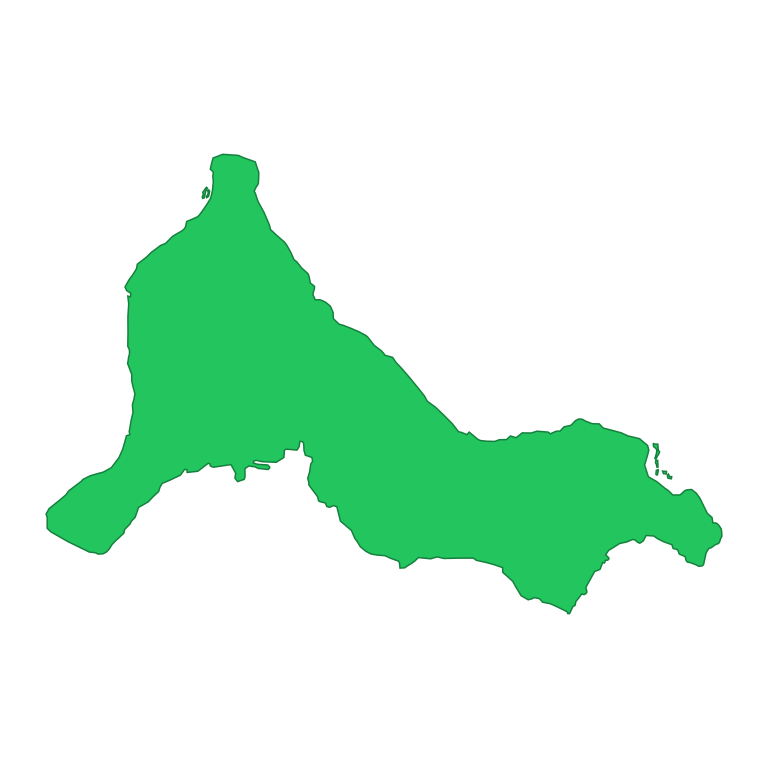 outline of Udot, Federated States of Micronesia
{"feature_id": "79324940B84620093973822", "entity_name": "Udot", "entity_type": "district", "adm_level": 2, "iso_a3": "FSM", "parent_name": "Federated States of Micronesia", "parent_adm1": "", "projection": "mercator", "projection_center": [151.721, 7.382], "detail": "fine", "context": "isolated", "style": "filled", "palette": "green", "viewbox_px": 768, "rotation_deg": 0, "n_neighbors": 0, "source": "geoboundaries", "source_scale": "gbopen_adm2", "svg_char_len": 5630}
<svg xmlns="http://www.w3.org/2000/svg" viewBox="0 0 768 768"><path d="M300.0,441.3L302.7,441.7L303.5,443.3L303.8,445.6L304.0,450.5L305.4,455.3L308.1,456.1L311.9,457.5L312.4,460.3L312.4,461.7L310.8,463.8L309.6,472.0L307.7,478.4L308.0,479.3L309.0,483.2L308.7,484.8L317.6,496.7L318.4,500.2L318.9,501.2L321.1,502.0L325.4,503.0L326.7,506.3L328.3,507.1L330.0,507.2L333.5,505.6L336.8,506.7L337.8,510.6L340.4,521.1L351.4,530.4L354.8,538.3L357.5,542.1L360.4,546.8L366.0,551.4L371.1,554.0L376.6,555.0L385.0,555.7L390.7,558.3L398.8,561.3L399.5,563.3L400.0,568.1L404.9,567.8L407.7,565.7L411.8,563.3L414.8,561.0L418.4,557.6L430.7,558.8L437.2,556.9L444.0,558.5L447.3,558.4L461.7,558.1L473.4,558.1L476.3,560.3L486.6,562.6L493.9,564.6L502.6,567.6L502.8,572.4L509.2,578.1L512.9,581.5L515.3,586.0L521.1,595.7L524.9,597.9L528.2,599.8L532.0,598.8L534.1,597.6L539.5,598.7L542.6,602.2L550.2,603.7L556.7,606.6L567.4,611.9L567.7,613.5L569.3,613.7L570.1,612.6L572.4,607.5L573.2,606.3L575.0,605.5L575.9,601.5L578.5,598.3L581.8,593.9L584.0,594.6L585.6,593.9L586.8,592.4L586.8,591.0L586.2,589.1L585.9,587.5L586.9,585.5L594.7,571.4L597.9,570.3L600.1,569.3L601.0,566.8L602.7,562.5L604.5,563.0L605.4,560.4L607.5,560.2L608.6,559.5L608.9,558.0L605.7,554.8L608.6,550.4L612.9,547.8L616.2,545.7L619.7,543.5L627.0,541.9L632.2,539.6L634.6,539.7L637.9,542.4L639.8,543.2L641.1,542.4L642.8,541.3L643.7,540.2L646.1,535.5L653.8,536.0L657.9,538.9L663.8,541.8L671.9,544.7L673.2,548.6L676.1,549.2L677.7,549.8L679.3,554.1L682.4,555.4L685.0,556.5L685.4,557.5L685.8,559.6L686.5,561.1L687.5,562.1L690.4,562.7L695.1,564.4L699.0,566.3L702.5,565.8L703.6,564.4L706.0,553.4L707.6,550.3L709.0,548.3L710.1,548.1L711.5,547.6L714.1,545.5L716.4,544.2L718.4,543.6L719.5,542.2L720.5,539.0L721.9,536.1L721.7,532.3L721.3,529.1L719.7,526.5L717.8,524.1L715.6,522.9L712.9,523.0L712.7,521.3L712.0,517.5L707.3,513.3L699.9,498.2L696.2,493.1L693.1,490.7L691.6,489.5L687.2,489.8L685.0,490.5L680.1,494.9L672.8,495.0L668.1,490.4L664.7,488.1L656.9,481.7L648.4,476.8L646.8,471.9L644.6,465.1L647.5,455.4L648.8,450.2L647.6,445.5L644.0,442.5L639.6,438.7L628.0,435.9L620.9,432.7L603.1,428.0L599.3,423.9L592.2,423.7L585.6,421.1L582.3,419.3L579.0,418.9L575.5,420.6L571.0,425.3L564.1,426.8L560.0,431.1L556.2,431.2L550.4,433.8L548.2,432.1L537.0,431.2L531.2,433.0L522.2,432.9L516.1,437.7L510.4,436.0L506.5,439.6L499.4,439.7L494.8,441.4L486.6,441.2L480.3,440.5L477.8,439.3L469.2,432.1L467.0,434.6L461.5,432.4L458.5,431.7L457.7,430.6L452.3,423.7L443.4,414.8L435.8,407.5L427.3,401.2L424.4,395.9L417.6,387.4L410.8,379.1L410.5,378.7L402.1,368.9L395.8,362.2L392.6,357.4L384.9,355.2L383.6,353.3L381.4,350.8L374.0,345.2L368.0,337.4L366.1,335.6L359.0,331.8L352.5,329.0L343.5,325.4L339.1,324.2L333.4,318.7L333.1,312.5L331.5,308.7L330.4,306.3L326.0,302.5L322.7,300.8L319.7,299.7L315.3,299.9L312.9,294.5L313.7,291.1L314.3,289.0L314.5,288.1L314.5,286.3L310.4,283.1L309.1,276.6L308.0,273.7L301.7,268.0L296.5,261.5L294.0,259.7L291.0,252.8L286.9,245.4L284.5,242.1L276.3,235.0L270.5,229.5L269.4,224.9L264.0,212.4L258.3,202.0L256.6,197.4L255.5,193.7L254.2,191.1L256.4,186.6L257.5,185.2L258.3,183.5L258.6,179.7L258.8,172.5L257.2,168.0L255.3,161.9L243.0,157.5L238.3,155.4L222.8,154.3L213.1,158.0L211.7,163.0L210.3,169.2L212.8,171.5L213.3,172.5L212.8,176.1L213.3,182.0L212.4,191.0L210.7,198.1L207.1,204.1L202.7,210.5L199.4,215.0L197.5,216.8L191.9,219.3L186.7,221.5L185.5,227.0L183.6,229.6L181.4,231.2L176.1,234.2L173.1,236.0L170.8,238.1L165.6,243.4L160.6,245.4L151.4,252.3L146.5,257.1L137.3,264.2L136.5,268.8L132.6,275.0L129.0,279.8L125.0,287.0L126.7,290.6L130.9,293.4L130.6,295.5L130.3,296.8L127.8,296.1L128.7,303.8L127.9,316.9L128.0,332.7L127.8,346.4L129.4,349.8L129.5,353.8L128.6,357.1L128.1,360.9L127.6,363.5L131.7,374.3L131.8,381.3L132.9,386.2L134.9,393.8L134.0,399.0L132.4,404.8L133.0,412.4L131.1,420.5L129.8,428.3L129.2,431.5L129.8,434.7L126.5,435.7L124.6,442.6L122.7,449.3L118.9,457.7L111.3,467.7L103.3,472.1L96.2,474.0L89.9,475.9L83.0,479.4L81.4,481.2L68.8,490.8L65.8,494.9L61.4,498.7L49.1,508.6L46.1,514.1L47.2,517.5L47.2,528.3L50.8,531.8L67.9,541.6L89.4,552.1L92.5,552.4L95.5,552.8L98.1,554.1L103.0,553.8L106.3,552.1L109.1,549.2L112.1,544.5L115.9,540.5L118.7,538.0L123.9,533.1L124.5,529.7L130.2,523.8L131.3,521.3L135.1,517.4L138.6,507.4L148.2,501.9L153.4,496.4L158.6,491.6L160.0,487.2L162.2,483.4L169.8,480.2L180.5,475.1L184.6,469.4L187.1,469.7L187.1,472.4L197.8,471.3L208.2,463.3L209.8,463.8L210.4,466.0L213.4,467.3L215.6,466.9L231.0,464.6L235.7,473.3L234.9,478.1L237.6,481.6L244.2,479.4L245.0,477.1L245.0,468.6L249.0,465.9L252.0,466.5L255.0,466.8L258.0,468.4L265.3,469.2L268.1,469.5L269.7,468.0L269.7,467.0L267.8,465.0L263.2,464.7L257.2,464.2L253.4,463.0L253.7,460.9L256.4,460.4L262.4,461.7L276.2,462.3L283.9,457.5L284.4,450.4L286.1,449.1L296.9,450.1L297.8,448.9L299.1,446.6L299.7,442.6L300.0,441.3ZM655.7,444.2L653.4,443.6L653.4,446.0L653.9,446.9L655.2,447.9L656.7,449.5L656.7,451.9L656.1,454.5L654.9,458.4L655.9,459.2L657.3,456.3L659.0,453.5L659.6,451.7L658.3,450.3L657.8,444.1L655.7,444.2ZM202.7,198.4L204.1,198.0L205.5,192.7L205.8,190.9L207.5,188.2L206.4,187.3L202.8,192.2L203.3,194.4L202.2,197.0L202.7,198.4ZM657.0,467.2L658.0,467.1L657.7,460.4L655.9,460.2L655.5,462.8L656.3,464.1L657.0,467.2ZM671.4,478.8L671.7,476.6L669.5,476.5L668.5,474.1L667.4,475.4L667.4,476.3L668.1,478.3L671.4,478.8ZM206.6,197.7L208.5,196.5L209.7,191.2L208.8,189.9L207.7,190.8L208.0,191.7L208.3,192.8L207.4,195.2L206.3,196.4L206.6,197.7ZM666.4,474.0L666.5,471.4L662.5,471.1L663.5,473.7L666.4,474.0ZM657.4,474.9L658.2,471.2L658.2,469.7L656.3,470.3L655.9,474.1L656.4,474.9L657.4,474.9Z" fill="#22c55e" stroke="#15803d" stroke-width="1.5"/></svg>